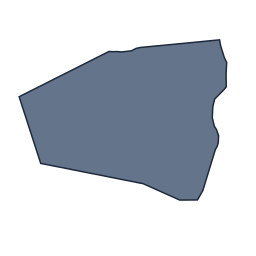 La Croix, Praslin, Saint Lucia (Natural Earth projection), rotated 84°
{"feature_id": "8701671B12736855691443", "entity_name": "La Croix", "entity_type": "district", "adm_level": 2, "iso_a3": "LCA", "parent_name": "Saint Lucia", "parent_adm1": "Praslin", "projection": "natural_earth1", "projection_center": [-60.902, 13.874], "detail": "fine", "context": "isolated", "style": "filled", "palette": "slate", "viewbox_px": 256, "rotation_deg": 84, "n_neighbors": 0, "source": "geoboundaries", "source_scale": "gbopen_adm2", "svg_char_len": 530}
<svg xmlns="http://www.w3.org/2000/svg" viewBox="0 0 256 256"><g transform="rotate(84 128 128)"><path d="M154.1,218.5L166.7,177.8L185.0,118.7L205.1,84.0L206.2,72.8L206.8,66.4L198.0,60.1L158.4,43.3L155.9,41.4L152.2,39.8L145.2,38.7L139.0,40.1L135.1,42.0L126.5,43.1L115.6,41.4L108.2,38.7L100.4,29.2L97.4,26.0L85.6,24.9L83.0,24.6L73.3,23.0L67.7,24.9L55.7,27.3L49.9,27.7L49.2,107.5L49.7,111.6L51.6,116.7L51.7,126.4L50.7,131.7L50.6,134.3L49.9,139.0L85.5,233.0L154.1,218.5Z" fill="#64748b" stroke="#1e293b" stroke-width="1.5"/></g></svg>